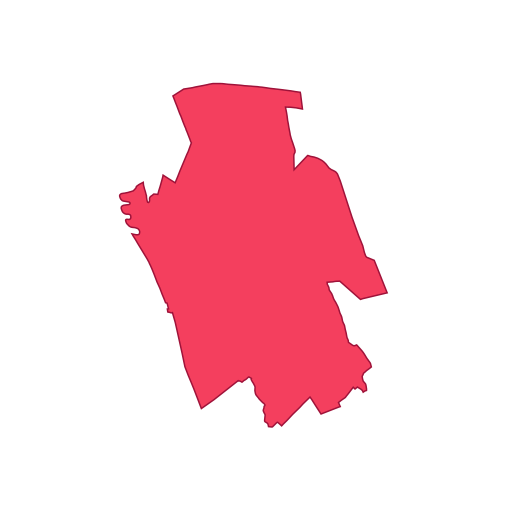 Soc Trang, Sóc Trăng, Vietnam (Equal Earth projection), rotated 137°
{"feature_id": "81297802B1985987011497", "entity_name": "Soc Trang", "entity_type": "district", "adm_level": 2, "iso_a3": "VNM", "parent_name": "Vietnam", "parent_adm1": "Sóc Trăng", "projection": "equal_earth", "projection_center": [105.991, 9.61], "detail": "fine", "context": "isolated", "style": "filled", "palette": "rose", "viewbox_px": 512, "rotation_deg": 137, "n_neighbors": 0, "source": "geoboundaries", "source_scale": "gbopen_adm2", "svg_char_len": 6115}
<svg xmlns="http://www.w3.org/2000/svg" viewBox="0 0 512 512"><g transform="rotate(137 256 256)"><path d="M149.1,293.5L149.7,294.3L169.3,293.1L160.5,303.0L159.0,304.4L156.7,305.3L155.5,306.5L154.6,308.1L151.9,313.9L150.3,317.6L148.5,321.0L148.1,321.7L147.7,322.2L144.1,327.9L142.2,330.7L140.4,333.6L139.0,335.5L138.3,336.5L137.9,337.0L135.7,340.3L132.9,344.8L129.6,341.6L128.3,340.1L125.6,337.0L123.4,334.0L121.8,331.8L120.4,333.7L115.5,340.5L112.9,344.1L112.0,345.6L112.6,346.3L115.2,349.5L117.8,352.9L123.2,359.4L125.9,362.6L131.3,368.9L133.9,372.2L136.5,375.4L138.2,377.3L139.4,378.8L142.3,381.9L143.9,383.7L145.3,385.2L148.2,388.3L150.9,391.5L156.3,397.4L159.2,400.5L161.0,402.6L163.3,405.3L169.9,411.5L173.3,413.7L174.1,414.1L178.2,416.6L182.3,419.2L185.3,421.1L187.8,422.5L193.7,426.5L195.0,427.4L207.6,429.7L208.6,427.1L209.6,424.7L210.6,422.2L211.6,419.6L214.7,412.1L215.6,409.4L216.5,407.2L217.6,404.6L219.6,399.5L220.5,396.9L221.0,396.1L221.6,394.3L224.8,386.3L225.8,384.0L226.0,382.9L227.5,382.1L230.9,380.4L234.4,378.6L237.4,377.4L253.6,370.1L259.0,367.5L265.2,364.7L267.0,371.4L268.8,378.5L270.3,377.4L274.5,374.8L278.6,372.3L282.3,370.2L285.8,368.0L286.9,369.3L287.6,370.0L288.4,370.9L288.7,371.1L288.9,371.1L289.6,371.1L290.2,371.1L290.9,371.2L291.5,371.3L292.3,371.4L293.1,371.4L294.2,371.0L295.0,370.3L295.7,369.4L296.7,368.6L297.3,368.4L298.1,368.4L298.6,369.2L298.0,370.6L297.3,371.8L296.4,373.1L295.7,374.0L295.3,374.5L295.0,374.8L294.7,375.5L294.2,376.4L293.0,378.6L292.1,380.5L291.6,381.5L290.6,383.3L289.9,384.6L288.2,386.8L291.8,387.8L293.1,388.1L294.8,388.3L295.5,388.4L296.1,388.4L296.6,388.1L297.0,387.8L297.2,387.7L299.6,387.4L300.6,387.4L301.4,387.4L302.1,387.7L306.5,389.9L309.4,391.7L310.6,392.6L311.0,392.8L311.7,393.3L312.3,393.5L312.8,393.6L313.3,393.6L314.0,393.5L314.5,393.2L315.0,392.6L315.5,391.6L315.9,390.6L316.1,389.9L316.1,388.8L316.1,388.0L316.0,387.5L315.5,386.6L314.9,385.8L313.3,383.7L312.2,382.3L311.9,381.6L311.9,380.9L312.1,380.5L312.4,380.3L312.8,380.1L313.3,380.1L313.8,380.3L314.5,380.7L315.8,381.7L318.0,383.3L318.7,383.6L319.4,383.8L320.0,383.9L320.6,383.9L321.2,383.6L321.7,383.2L322.2,382.6L322.8,381.3L323.3,380.0L323.5,379.1L323.5,378.3L323.4,377.4L323.2,376.6L322.7,375.6L322.2,374.9L321.1,373.9L320.6,373.3L320.2,372.6L320.0,372.1L320.0,371.5L320.2,370.9L320.6,370.3L321.1,369.7L321.7,369.2L322.5,368.9L323.3,369.0L323.9,369.2L324.7,370.2L325.4,370.9L325.8,371.2L326.2,371.3L326.6,371.3L327.2,370.8L327.7,369.8L328.2,368.7L328.4,367.6L328.4,366.0L328.4,364.7L328.1,363.4L327.8,362.6L327.3,361.8L326.5,360.8L325.6,359.8L325.0,359.0L324.1,357.4L323.7,356.4L323.7,355.6L323.8,354.7L324.0,354.0L324.4,353.2L325.2,352.4L326.0,351.9L326.7,351.7L327.3,351.8L328.0,352.2L328.7,352.8L329.4,353.6L330.5,355.1L331.6,356.7L332.2,354.2L333.1,349.5L333.9,346.0L337.6,328.1L338.2,325.8L338.5,324.5L339.0,323.3L339.7,321.0L340.8,317.8L341.9,314.9L343.1,311.8L345.4,306.2L346.1,304.5L348.3,297.9L350.7,292.1L352.5,287.2L354.0,283.5L353.2,282.2L353.8,281.0L356.0,277.0L357.0,277.7L358.7,275.2L357.5,273.5L356.8,272.2L356.1,271.8L355.7,271.6L360.3,262.6L363.4,257.3L376.7,234.7L383.5,223.5L387.0,214.8L389.5,208.0L392.0,201.4L396.2,191.0L400.0,181.7L384.8,179.6L354.1,177.0L354.1,176.6L354.0,176.4L353.5,176.0L353.2,175.8L353.1,175.6L352.6,174.3L352.4,173.5L352.3,173.3L351.4,173.2L350.7,173.2L350.2,173.2L349.8,173.2L348.9,172.9L347.2,172.6L344.4,172.6L343.9,172.5L343.6,172.2L342.8,169.6L343.3,169.4L343.6,169.2L343.8,168.8L344.0,168.2L344.3,167.0L344.5,166.1L344.7,164.9L345.3,162.7L345.6,161.7L346.0,160.9L346.5,160.3L347.3,159.6L348.7,158.2L350.2,155.8L350.6,154.8L350.8,153.9L351.0,150.6L351.2,149.4L351.2,148.4L351.1,144.8L351.1,144.1L350.8,143.1L350.8,142.4L350.9,141.4L351.0,141.1L351.6,140.5L352.3,140.6L352.7,140.4L353.9,139.4L355.2,138.7L355.8,138.3L356.2,137.9L356.5,137.3L357.1,135.5L357.3,134.6L357.5,134.0L357.8,133.5L358.4,132.9L361.6,130.1L362.1,129.6L362.3,129.3L362.4,128.8L362.4,128.4L362.3,128.1L361.9,126.9L361.8,126.0L361.8,125.2L362.0,124.8L362.6,123.6L363.2,122.7L361.3,120.4L360.5,119.8L354.6,120.0L353.9,119.9L353.6,119.6L353.3,117.3L353.1,114.3L350.4,114.5L345.9,114.6L341.4,114.9L337.1,115.2L327.3,115.4L322.4,115.8L312.7,116.0L313.1,113.1L314.2,107.3L315.3,101.2L316.2,96.1L308.9,93.2L305.1,91.7L298.6,89.1L297.1,88.4L295.6,92.6L291.8,92.3L289.9,92.0L287.1,91.6L285.7,91.9L282.8,92.3L274.4,93.7L274.3,91.2L271.2,91.0L270.6,88.8L270.1,86.9L270.0,85.8L269.9,85.4L270.0,84.9L270.5,83.3L268.4,83.0L266.9,82.3L265.9,83.3L264.1,85.9L263.2,87.5L263.0,89.6L263.0,91.2L262.5,92.3L262.0,93.2L261.6,93.9L260.9,94.9L260.6,95.4L260.1,95.7L258.7,96.2L257.5,96.8L257.1,96.9L256.6,96.9L255.8,96.8L253.2,96.8L250.0,96.4L248.9,96.3L247.3,96.2L246.0,98.6L245.6,99.3L245.3,100.5L245.2,101.6L244.7,105.6L244.2,108.0L243.7,110.4L243.4,112.3L243.2,114.3L243.0,122.1L243.1,122.4L243.4,122.6L243.9,122.6L244.6,122.9L245.1,123.2L245.7,123.7L245.9,124.1L246.2,124.7L246.9,128.1L247.2,129.5L247.2,129.8L247.1,130.1L246.9,130.3L246.3,131.0L246.0,131.6L245.8,132.2L245.6,132.7L245.3,133.7L245.0,134.4L244.2,135.7L242.7,138.0L240.7,141.6L239.0,144.3L238.8,144.6L238.5,145.3L237.9,147.2L237.6,148.2L237.3,148.9L237.1,149.4L236.4,150.5L235.0,152.8L234.6,153.7L234.4,154.3L234.1,155.2L233.7,156.5L233.5,157.1L232.9,158.3L232.2,159.7L230.9,162.5L230.3,164.3L229.7,166.4L229.3,167.8L228.9,169.9L228.8,170.3L228.6,171.1L228.3,172.0L227.7,173.4L227.1,174.7L226.7,175.9L226.5,176.4L226.3,177.0L226.2,177.6L226.1,178.3L225.9,179.4L225.7,180.8L225.5,181.3L225.3,181.7L225.1,182.0L224.8,182.4L224.4,182.9L224.2,183.4L224.0,183.8L223.8,184.4L223.2,186.5L223.0,186.9L222.7,187.3L222.4,187.6L221.9,188.3L220.0,186.8L217.4,184.7L216.1,183.9L214.7,182.9L213.0,181.4L211.9,180.5L209.2,153.0L207.0,152.0L185.2,139.6L172.5,172.2L175.9,179.6L175.9,180.7L175.5,181.9L174.3,184.7L171.0,190.6L169.2,195.3L167.2,200.6L159.3,219.0L143.2,253.4L140.5,260.4L140.3,262.5L140.5,263.8L141.0,265.3L142.1,268.1L142.6,270.8L142.1,275.5L142.2,278.2L142.4,279.6L142.6,280.7L143.0,282.1L144.2,285.4L146.0,288.7L148.2,291.7L148.9,293.0L149.1,293.5Z" fill="#f43f5e" stroke="#9f1239" stroke-width="1.5"/></g></svg>